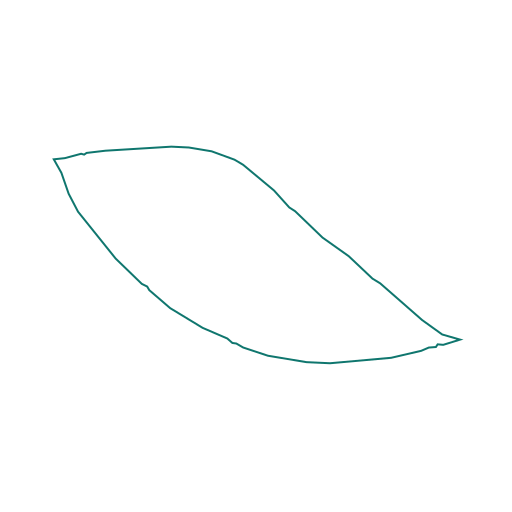 outline of San Rafael Petzal, Huehuetenango, Guatemala, rotated 98°
{"feature_id": "79465075B67895884485700", "entity_name": "San Rafael Petzal", "entity_type": "district", "adm_level": 2, "iso_a3": "GTM", "parent_name": "Guatemala", "parent_adm1": "Huehuetenango", "projection": "mercator", "projection_center": [-91.672, 15.412], "detail": "fine", "context": "isolated", "style": "outline", "palette": "teal", "viewbox_px": 512, "rotation_deg": 98, "n_neighbors": 0, "source": "geoboundaries", "source_scale": "gbopen_adm2", "svg_char_len": 685}
<svg xmlns="http://www.w3.org/2000/svg" viewBox="0 0 512 512"><g transform="rotate(98 256 256)"><path d="M158.5,314.5L157.9,337.6L159.5,355.0L172.7,419.8L177.5,438.1L179.5,440.3L179.1,443.4L185.7,458.9L188.4,469.7L200.7,460.3L220.4,450.2L236.9,438.4L278.1,394.6L299.5,365.2L301.4,359.5L304.7,356.9L319.6,333.7L334.6,298.8L341.7,272.9L345.4,267.3L345.4,263.3L348.4,256.0L353.1,230.3L354.1,191.3L351.9,167.8L338.0,108.0L326.9,79.2L322.6,72.1L321.1,65.2L318.2,63.8L317.9,58.2L310.4,42.3L307.8,60.7L296.3,82.6L265.8,129.2L262.2,137.5L243.3,164.1L228.5,192.7L206.2,223.5L203.3,229.8L188.6,247.3L167.5,281.4L163.6,290.7L158.5,314.5Z" fill="none" stroke="#0f766e" stroke-width="2"/></g></svg>